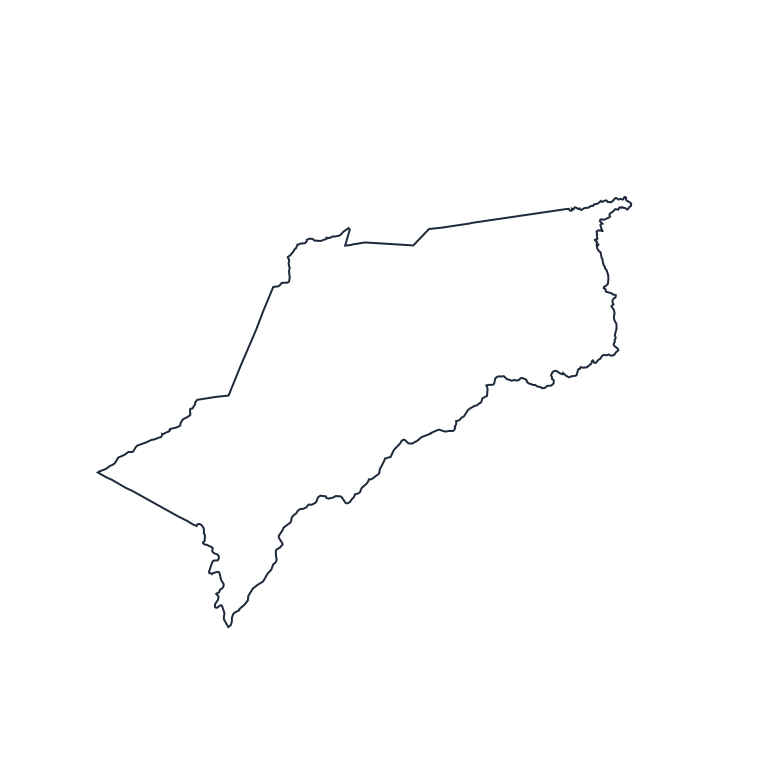 Ntcheu, Ntcheu, Malawi, rotated 247°
{"feature_id": "42251766B4706820893431", "entity_name": "Ntcheu", "entity_type": "district", "adm_level": 2, "iso_a3": "MWI", "parent_name": "Malawi", "parent_adm1": "Ntcheu", "projection": "orthographic", "projection_center": [34.638, -14.817], "detail": "fine", "context": "isolated", "style": "outline", "palette": "slate", "viewbox_px": 768, "rotation_deg": 247, "n_neighbors": 0, "source": "geoboundaries", "source_scale": "gbopen_adm2", "svg_char_len": 6160}
<svg xmlns="http://www.w3.org/2000/svg" viewBox="0 0 768 768"><g transform="rotate(247 384 384)"><path d="M546.2,358.9L543.3,355.9L543.1,354.7L541.6,352.8L539.1,348.0L538.5,345.1L538.0,344.9L535.5,345.2L533.9,344.5L532.6,343.4L529.3,342.6L528.1,342.7L524.8,340.6L518.6,338.7L515.4,336.6L515.0,334.9L517.0,329.4L515.9,327.4L515.2,325.0L516.6,320.0L498.8,301.8L483.7,287.3L456.1,258.5L434.1,236.4L437.7,224.6L442.4,205.9L440.7,202.9L439.2,202.2L436.4,198.2L436.3,197.7L436.8,196.6L436.7,195.9L435.0,194.9L431.4,193.8L430.5,191.2L430.0,185.0L427.8,181.8L425.2,180.0L425.1,175.8L426.2,169.5L425.5,168.6L424.8,168.6L424.3,166.9L424.5,165.5L424.2,160.9L424.6,160.4L424.0,160.4L422.2,157.9L422.7,155.5L422.6,152.0L423.4,147.6L423.2,142.3L423.7,132.9L423.0,131.1L419.8,126.6L420.0,125.2L421.3,122.2L420.2,117.5L420.1,111.1L419.8,109.9L419.3,109.7L416.1,104.9L415.6,102.0L415.7,99.8L414.5,94.8L414.7,87.4L414.4,86.0L406.9,91.7L402.1,96.1L388.9,106.0L384.4,110.2L342.4,142.9L334.9,149.3L329.3,153.3L326.5,156.0L327.7,157.3L327.4,159.3L326.5,160.2L325.0,161.0L322.5,161.6L320.7,161.5L316.9,159.8L315.7,160.2L314.4,159.9L309.7,157.7L309.0,155.6L308.3,155.2L306.4,156.1L305.2,158.0L300.7,162.0L299.7,162.1L297.1,160.5L296.3,160.6L294.4,161.7L291.9,164.2L289.8,164.6L288.2,164.0L286.6,162.0L287.9,158.6L287.7,157.2L285.9,155.2L279.2,149.3L278.0,149.5L276.7,151.6L276.3,151.6L276.7,152.9L276.5,155.1L276.0,157.7L275.2,158.5L274.0,158.7L267.2,157.5L262.6,158.2L261.0,157.6L259.8,156.4L259.2,155.2L258.7,152.7L256.8,151.0L256.5,147.6L255.7,147.6L253.8,148.7L252.2,148.3L249.9,146.5L247.5,142.6L245.6,141.6L244.3,141.4L243.4,142.4L243.3,143.2L244.2,146.6L243.8,147.8L243.0,148.2L235.4,147.6L232.1,145.5L229.9,144.7L221.1,145.7L221.7,148.2L222.4,149.2L224.6,151.0L228.4,152.8L231.3,155.5L232.0,157.8L232.3,162.3L233.3,162.9L235.3,169.2L238.0,174.1L241.8,176.2L246.9,183.2L248.5,189.2L249.5,195.6L254.9,202.7L257.2,207.8L261.2,211.5L262.1,214.5L263.3,215.9L264.6,216.6L267.9,217.4L271.9,218.8L273.3,219.9L273.9,221.4L273.9,223.9L275.2,226.3L275.6,227.8L276.8,228.2L283.6,227.1L285.5,228.0L288.9,233.3L291.0,235.5L293.1,243.8L294.4,245.2L296.4,246.4L297.5,247.4L298.7,250.2L299.2,252.6L300.8,254.8L301.5,256.9L301.6,258.2L300.7,260.6L300.7,264.1L302.5,267.4L301.1,270.2L301.4,274.3L302.2,275.9L305.5,279.0L306.1,281.7L303.2,286.7L301.6,286.5L300.3,287.9L299.4,292.4L299.7,295.9L297.6,300.0L296.1,300.9L289.4,302.2L288.6,303.3L288.4,304.8L288.9,306.9L290.5,309.3L291.7,312.3L293.8,314.2L293.3,317.5L293.8,319.6L297.0,322.8L299.2,329.3L300.7,331.6L302.1,332.8L301.9,333.7L301.4,334.3L301.3,335.7L303.3,343.9L304.2,345.1L307.0,346.7L312.4,353.3L315.0,355.9L314.3,361.6L319.5,367.4L322.8,375.3L324.1,377.3L324.4,377.3L324.9,378.4L325.1,380.1L324.8,380.9L323.4,381.8L319.9,383.2L318.2,386.2L318.7,392.3L320.4,397.8L320.1,407.6L320.5,407.7L320.7,415.8L320.0,417.5L317.2,420.5L316.1,422.3L315.0,426.7L313.9,428.7L313.9,429.6L314.4,430.9L315.9,432.4L316.8,432.2L318.5,434.4L319.9,435.3L321.6,435.8L321.2,439.0L322.8,442.5L322.9,444.8L327.1,451.0L327.8,453.1L328.4,458.5L328.1,461.3L328.9,463.9L329.1,466.2L332.4,469.1L332.8,474.2L338.8,477.3L340.6,477.7L342.7,477.6L342.4,479.7L340.9,483.4L340.9,484.8L341.3,485.5L345.7,488.7L346.4,491.0L346.1,492.9L345.0,495.2L344.4,497.3L340.6,499.0L337.1,502.9L336.8,505.5L335.5,507.2L335.0,508.6L335.1,510.0L335.9,512.1L335.7,513.4L332.9,516.2L331.6,516.7L329.8,516.4L327.4,518.0L326.3,519.6L325.1,520.4L324.1,522.7L321.6,524.4L319.8,527.2L318.3,527.9L317.6,530.2L317.7,531.5L318.5,533.5L317.2,537.3L318.2,540.3L320.6,541.6L321.7,541.6L323.0,540.6L324.5,541.3L326.6,541.1L328.6,543.1L329.4,545.2L329.2,547.0L328.7,547.8L324.9,550.3L323.2,552.2L324.2,553.1L320.5,554.8L318.0,556.8L317.7,557.4L317.9,559.2L316.8,563.4L316.8,564.3L317.3,565.1L321.4,568.3L321.7,569.1L321.4,570.3L322.7,571.5L321.0,574.1L320.1,577.3L321.8,582.9L323.6,584.2L324.2,585.2L324.0,585.7L322.3,585.6L321.3,586.0L320.7,587.2L322.6,591.2L322.8,593.1L324.4,595.3L324.9,597.0L324.8,598.0L323.4,600.2L323.4,602.3L321.3,604.0L320.9,605.7L320.9,607.4L322.5,609.7L323.4,612.8L325.2,613.0L328.6,611.1L330.2,610.7L331.2,611.2L332.6,612.9L334.2,613.4L335.6,615.0L336.6,615.5L338.7,615.5L344.3,619.8L348.4,621.4L352.7,621.0L354.9,621.4L357.3,622.6L358.5,623.7L362.2,624.6L366.5,623.7L367.0,624.1L367.5,626.2L370.2,626.4L371.7,627.0L373.0,628.8L373.2,630.9L375.2,632.1L377.2,629.5L378.7,628.9L382.1,624.5L382.6,624.3L384.1,624.9L385.1,624.7L386.3,623.7L387.2,624.2L387.5,624.7L387.5,626.3L388.8,629.3L393.6,631.9L396.8,632.9L402.1,633.4L404.1,632.6L405.1,633.0L407.8,632.7L412.2,633.4L413.2,633.9L414.8,633.6L420.8,634.8L422.5,633.5L424.1,633.6L425.1,633.2L428.7,634.0L428.7,634.5L428.1,635.4L428.5,635.8L429.8,634.9L430.2,635.3L431.2,634.9L432.0,635.6L433.8,634.4L434.3,634.5L434.3,637.2L437.4,637.9L438.1,638.7L439.2,638.5L440.0,639.1L441.1,639.1L441.4,639.5L441.7,640.6L441.6,641.7L440.8,642.5L440.9,643.5L439.5,644.4L439.4,644.9L440.0,645.1L441.0,644.7L445.8,645.3L446.4,646.2L446.2,647.7L449.7,646.3L450.8,647.5L450.7,648.6L449.5,649.9L449.2,650.9L449.4,656.3L449.7,657.4L451.3,657.5L452.3,658.1L453.1,660.6L453.1,661.7L454.6,665.2L452.9,667.9L454.4,669.4L454.3,670.5L453.5,671.2L453.8,672.3L452.5,673.2L451.9,674.7L449.6,675.9L449.7,677.0L450.9,678.9L451.5,681.0L453.5,682.0L455.4,681.1L458.0,679.0L459.7,678.9L461.0,679.7L461.5,679.4L462.1,678.4L460.5,676.1L460.6,675.6L462.1,674.0L462.0,672.9L462.3,671.8L464.2,670.7L464.8,669.8L462.9,665.7L462.6,664.0L464.1,661.1L466.1,660.5L466.6,658.3L466.3,656.1L466.5,655.6L467.8,655.2L466.6,651.5L466.7,649.3L467.4,647.8L466.2,646.0L467.1,644.1L466.4,641.4L467.6,637.2L467.1,633.5L468.0,632.8L469.1,632.7L469.3,632.3L469.2,631.2L471.6,629.5L472.1,628.6L470.9,626.8L472.0,625.5L470.4,625.2L470.3,624.1L470.8,623.1L472.9,622.5L473.6,621.0L498.0,527.7L498.3,525.5L505.5,497.7L509.1,486.0L500.1,465.1L521.7,421.9L524.8,409.4L524.9,407.8L526.6,402.3L539.6,412.9L541.3,412.3L540.1,406.3L538.3,402.3L538.1,400.5L539.0,396.3L539.8,394.7L539.7,390.6L541.1,388.3L540.1,387.9L540.4,381.6L543.3,375.9L545.2,375.2L546.8,372.5L546.9,369.3L545.5,368.5L544.5,366.1L545.9,362.0L545.7,359.9L546.2,358.9Z" fill="none" stroke="#1e293b" stroke-width="2"/></g></svg>